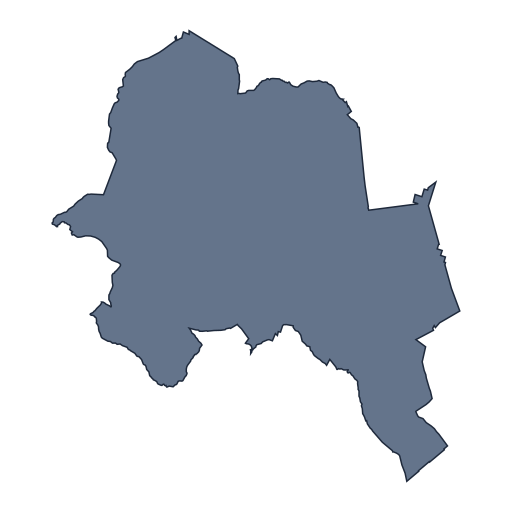 Ocotepec, Puebla, Mexico
{"feature_id": "50627088B5073197281792", "entity_name": "Ocotepec", "entity_type": "district", "adm_level": 2, "iso_a3": "MEX", "parent_name": "Mexico", "parent_adm1": "Puebla", "projection": "natural_earth1", "projection_center": [-97.69, 19.551], "detail": "fine", "context": "isolated", "style": "filled", "palette": "slate", "viewbox_px": 512, "rotation_deg": 0, "n_neighbors": 0, "source": "geoboundaries", "source_scale": "gbopen_adm2", "svg_char_len": 5957}
<svg xmlns="http://www.w3.org/2000/svg" viewBox="0 0 512 512"><path d="M189.1,30.7L189.1,34.4L183.4,32.0L181.7,38.2L181.0,38.2L176.9,40.4L176.1,36.4L175.0,37.5L175.8,40.5L163.2,49.8L159.2,52.5L148.4,58.2L137.4,61.6L134.3,64.0L132.4,66.6L129.8,69.2L125.5,72.5L125.2,74.2L125.4,76.2L125.1,76.7L123.6,77.6L122.7,79.6L123.4,86.0L122.3,86.8L119.9,87.5L118.7,88.2L118.1,89.3L118.8,92.2L118.5,93.2L117.7,94.0L117.0,96.3L117.4,97.9L118.6,99.0L118.9,99.8L118.7,100.5L117.0,102.2L115.2,102.8L114.3,103.7L112.5,107.7L110.7,112.6L109.5,114.1L108.6,121.1L108.6,123.3L108.9,125.5L111.1,128.3L108.9,141.7L108.6,142.6L108.0,142.8L107.6,143.5L107.4,147.4L108.7,150.2L110.0,151.9L112.1,152.7L115.9,159.0L116.5,160.4L103.5,194.7L91.1,194.1L89.0,194.4L87.8,194.2L87.2,194.5L84.2,196.4L83.0,197.5L82.4,198.5L78.3,201.1L75.0,204.2L73.7,206.1L68.7,209.2L66.8,211.7L65.6,212.3L64.5,212.3L60.3,214.3L58.2,214.6L56.7,215.6L55.4,217.4L54.1,218.3L53.4,219.3L53.2,221.9L52.2,222.8L52.2,223.8L52.6,224.2L54.4,224.7L56.7,226.7L57.5,226.6L57.3,225.5L59.8,224.0L60.2,223.2L62.2,221.6L64.2,221.8L64.5,222.8L65.9,222.9L68.0,224.5L69.4,224.8L70.6,226.5L69.8,229.6L72.5,231.8L71.4,233.0L72.2,235.0L73.8,234.7L77.3,237.1L78.4,237.2L80.9,237.0L85.7,235.8L90.6,236.0L95.2,237.3L98.6,239.1L101.8,241.6L106.6,248.5L107.4,250.2L107.6,256.3L108.7,257.6L111.7,260.1L118.4,262.6L120.2,264.0L120.6,265.0L120.0,266.5L116.6,270.5L114.6,272.2L114.5,273.1L113.1,273.5L112.0,275.2L112.3,282.4L112.9,285.3L112.3,287.7L110.2,292.1L109.8,293.6L109.0,294.8L108.9,295.9L108.9,299.6L110.7,302.7L110.8,304.1L111.3,305.8L111.2,306.7L110.6,306.8L109.6,305.9L105.9,304.1L104.7,303.0L103.0,302.1L101.4,302.0L101.6,302.9L100.4,304.9L96.7,308.5L94.9,310.8L94.2,311.1L93.0,312.5L90.4,313.8L90.2,314.5L91.1,315.2L93.0,315.4L94.1,316.0L94.8,317.0L95.4,317.1L96.3,318.3L96.6,321.3L96.3,322.9L97.8,325.0L98.5,326.8L98.6,329.1L99.1,331.4L100.2,333.5L101.3,337.1L102.3,338.2L107.9,341.2L110.4,341.5L112.4,343.1L115.6,343.1L117.1,344.3L120.2,344.0L122.4,345.6L127.1,347.3L128.4,349.5L129.7,349.9L130.5,350.7L134.9,353.3L136.7,355.9L137.2,356.3L139.0,356.7L141.6,359.6L143.2,363.8L143.6,364.4L145.3,365.2L146.0,366.4L146.7,369.5L148.9,371.9L149.7,375.7L151.2,377.1L151.4,377.6L153.0,379.1L153.3,379.8L155.4,380.7L156.9,381.8L157.5,383.3L158.1,384.0L161.1,385.3L161.9,385.4L163.2,384.2L163.9,384.2L164.6,385.4L165.5,385.7L166.0,385.5L166.2,386.4L166.9,387.1L169.2,386.1L173.1,386.8L175.3,384.7L176.0,384.7L176.8,384.1L178.2,381.3L179.5,380.9L182.0,381.1L182.9,380.6L184.7,377.3L185.6,376.1L186.1,375.8L187.0,373.6L186.9,372.8L186.3,371.8L186.3,369.0L186.8,366.7L187.8,364.9L190.6,361.2L190.9,359.9L193.1,357.6L193.3,356.4L194.0,355.9L194.6,354.6L195.8,354.5L195.8,354.2L197.0,353.6L198.7,351.8L199.3,350.6L199.6,348.3L202.0,345.0L200.9,343.2L198.6,341.2L197.3,338.9L195.6,337.2L194.9,335.5L193.5,334.1L192.0,333.2L190.7,330.3L189.2,328.2L195.9,329.9L198.4,330.1L199.1,330.6L199.3,331.2L202.3,331.3L206.8,330.8L207.3,331.2L214.0,330.5L220.8,330.3L225.1,329.7L226.2,328.7L229.8,328.0L230.5,328.4L237.3,324.4L238.1,325.5L241.6,328.9L248.7,338.7L245.4,343.2L246.3,343.7L248.6,344.0L250.4,345.0L251.3,346.2L252.0,348.2L251.7,349.2L250.4,349.8L250.8,350.9L250.7,353.6L251.9,351.8L251.3,350.4L252.6,350.1L253.4,348.9L255.8,347.0L256.1,345.6L256.8,344.7L261.2,343.5L262.6,341.9L267.4,339.9L269.0,339.6L272.4,340.8L275.4,333.6L277.4,335.5L278.3,331.6L280.5,332.1L282.6,325.7L283.6,324.7L286.6,324.6L293.2,325.8L293.2,327.3L295.4,330.5L298.3,331.5L300.8,335.2L302.2,341.2L305.5,344.1L306.8,345.9L309.8,346.7L310.5,350.3L312.2,351.6L313.6,354.5L314.4,355.6L318.4,358.7L319.8,359.4L322.4,362.0L325.2,363.5L326.6,365.3L329.8,359.4L335.8,366.9L336.9,369.4L337.5,369.4L338.6,368.6L340.0,369.1L341.0,368.6L343.6,369.9L345.1,370.0L348.1,369.8L348.1,370.2L347.2,371.5L347.6,372.7L348.5,372.9L349.3,372.4L350.1,372.5L351.5,374.8L352.9,375.8L354.9,378.9L356.8,380.3L357.7,381.6L357.6,383.7L358.2,387.9L358.1,389.3L359.0,391.0L359.0,396.2L359.8,398.0L360.4,401.7L362.0,404.1L361.4,405.8L362.3,408.5L362.7,413.8L363.2,414.4L364.5,417.0L365.8,420.9L366.6,420.6L367.4,423.9L370.4,428.4L371.5,429.2L372.7,431.1L382.4,442.3L392.3,450.6L392.9,452.0L393.3,451.8L396.5,453.1L398.7,454.5L399.7,455.9L401.9,464.9L405.1,473.2L406.8,481.3L418.8,471.2L418.5,470.7L429.3,461.6L429.6,462.1L444.3,449.8L443.9,449.0L447.5,445.9L438.8,434.1L436.5,431.7L434.4,428.7L431.1,425.9L426.2,422.6L423.0,418.6L418.6,417.0L417.7,415.8L415.8,411.6L416.1,411.1L426.0,404.6L429.2,401.9L432.1,398.6L430.4,391.1L429.3,388.3L426.3,378.0L425.8,374.7L424.2,370.6L422.2,361.8L425.6,346.8L415.9,339.6L433.5,330.3L432.7,328.2L434.2,325.6L435.4,327.6L439.6,322.8L459.8,311.0L451.4,288.3L444.9,264.8L445.5,262.5L444.0,262.0L445.4,257.0L440.6,255.4L442.2,250.5L437.2,248.9L438.7,244.0L439.1,244.1L428.4,205.8L435.8,182.1L428.3,187.7L427.6,190.1L424.2,189.1L421.9,196.7L415.1,194.5L413.3,202.1L418.2,203.8L368.7,210.2L368.4,208.7L368.0,208.1L368.3,206.6L365.1,185.8L364.1,177.3L359.2,127.5L358.6,127.1L357.9,127.2L356.9,123.4L353.2,119.9L350.8,118.7L347.3,114.7L351.3,111.4L348.4,106.1L347.8,106.6L346.4,101.7L345.2,102.6L342.5,99.7L343.2,99.2L340.6,98.8L339.3,97.7L338.3,96.5L336.2,93.0L333.9,87.8L332.0,85.8L330.7,84.7L329.9,84.7L327.6,83.3L327.2,82.4L325.3,82.0L323.1,82.3L318.9,80.5L317.0,81.2L312.5,81.6L309.2,80.9L307.1,81.1L304.1,82.8L301.1,84.0L298.0,87.0L296.3,87.0L293.0,86.2L291.8,85.4L290.7,84.6L289.5,82.4L289.0,82.0L287.6,83.0L286.5,82.3L285.7,82.4L284.6,81.9L284.1,81.2L283.4,81.2L282.5,80.8L282.3,80.3L281.4,80.2L279.4,78.9L272.9,78.5L270.8,78.7L270.0,79.5L269.5,79.7L268.3,78.8L267.2,78.7L265.6,80.1L262.1,81.0L261.6,81.4L261.4,82.2L260.7,82.4L259.5,83.5L259.1,84.5L258.1,85.7L256.8,86.4L256.5,87.4L254.6,89.8L253.7,90.4L248.8,90.4L247.2,90.9L245.8,92.8L245.2,93.1L240.1,93.7L238.9,93.4L237.8,93.6L238.0,90.0L238.6,88.7L239.6,81.1L239.3,79.9L239.3,74.6L238.5,73.3L237.9,71.2L237.3,67.3L237.8,66.1L234.3,58.6L189.1,30.7Z" fill="#64748b" stroke="#1e293b" stroke-width="1.5"/></svg>